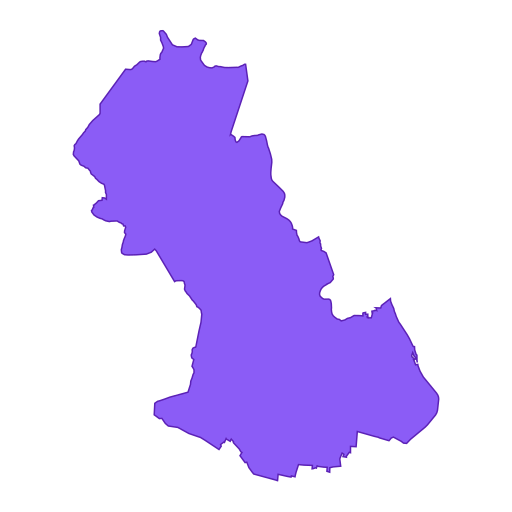 Acula, Veracruz, Mexico (Natural Earth projection)
{"feature_id": "50627088B79823252153906", "entity_name": "Acula", "entity_type": "district", "adm_level": 2, "iso_a3": "MEX", "parent_name": "Mexico", "parent_adm1": "Veracruz", "projection": "natural_earth1", "projection_center": [-95.798, 18.563], "detail": "fine", "context": "isolated", "style": "filled", "palette": "violet", "viewbox_px": 512, "rotation_deg": 0, "n_neighbors": 0, "source": "geoboundaries", "source_scale": "gbopen_adm2", "svg_char_len": 5958}
<svg xmlns="http://www.w3.org/2000/svg" viewBox="0 0 512 512"><path d="M333.7,274.7L326.1,252.9L323.8,251.4L321.3,250.5L321.0,249.5L321.5,248.4L320.7,246.1L320.6,243.9L320.1,243.1L319.9,242.1L320.2,240.9L318.9,238.1L318.6,236.9L311.9,240.9L309.0,242.0L306.9,242.7L300.5,241.9L299.9,241.5L299.4,240.7L298.9,238.9L298.3,237.4L297.6,236.0L297.0,235.2L296.5,232.5L296.4,230.4L292.6,229.0L292.6,227.3L292.2,225.6L291.3,223.2L290.3,221.6L288.9,220.1L286.9,218.7L282.0,216.2L280.6,214.9L279.6,213.4L279.3,211.4L280.7,207.9L282.6,203.9L282.8,203.2L282.8,202.6L284.0,200.2L284.8,197.1L284.8,194.9L284.4,193.3L283.2,191.4L279.1,187.3L272.8,181.3L271.9,180.1L271.3,178.4L270.8,174.6L270.8,172.2L271.1,168.4L271.8,162.3L271.7,159.3L270.4,153.9L268.5,148.0L268.0,147.1L267.4,144.9L266.6,140.8L265.4,136.3L264.8,135.3L264.0,134.5L261.9,134.0L258.8,134.8L257.4,135.4L254.7,135.5L252.1,135.9L249.8,136.8L242.0,136.6L241.4,136.9L241.1,137.5L239.0,140.8L236.9,142.4L235.9,141.8L235.2,140.0L234.9,137.4L233.5,136.2L230.7,134.3L230.5,134.5L231.1,131.8L247.9,80.9L245.6,64.3L244.5,64.3L242.8,65.4L241.0,66.0L238.2,67.4L236.7,67.3L228.4,67.6L224.5,67.5L220.2,66.6L218.7,66.6L216.3,65.9L215.0,66.1L214.2,66.9L212.3,67.8L211.3,67.9L209.5,67.7L207.2,67.1L204.6,65.5L203.9,64.7L200.6,60.1L200.3,57.5L200.7,55.5L201.7,52.9L202.4,51.9L202.9,50.6L203.3,50.0L203.5,49.0L204.3,47.2L204.9,46.3L205.3,45.1L206.0,44.5L206.3,44.0L206.3,43.1L205.4,41.9L203.5,40.5L199.2,40.4L197.6,39.8L195.3,38.1L193.6,39.0L193.2,39.5L191.3,44.4L188.4,46.5L182.0,46.9L177.0,46.8L172.4,44.8L167.5,37.3L166.3,34.3L163.5,31.1L162.9,30.7L160.9,30.8L160.1,31.1L159.6,31.9L159.3,33.5L160.6,37.4L160.6,40.1L162.0,43.0L163.2,46.2L163.6,48.1L161.8,52.3L160.8,53.4L160.3,54.7L159.9,57.7L160.0,59.2L157.3,61.0L155.7,61.7L152.6,61.5L148.2,60.9L146.7,61.1L146.0,61.8L145.0,61.5L144.5,61.2L142.8,61.2L140.7,61.5L139.7,62.0L136.8,64.8L134.5,66.2L132.8,68.3L131.7,69.3L130.5,69.6L125.6,69.2L100.1,104.1L100.1,113.3L99.5,114.5L92.8,120.5L89.3,124.5L88.0,127.0L86.7,128.6L85.8,129.5L85.2,131.2L83.6,132.8L82.3,134.7L78.6,139.0L77.3,141.0L76.0,143.6L74.8,144.6L74.2,145.7L74.5,148.0L74.2,150.4L73.6,151.7L73.3,154.4L74.1,155.9L78.8,160.9L79.9,164.1L81.2,165.2L83.9,166.2L85.7,167.8L87.9,168.2L89.3,170.0L90.4,171.2L90.6,172.4L91.2,173.9L94.7,176.6L95.6,178.4L96.6,179.1L99.0,181.6L101.4,183.2L104.0,184.3L104.5,185.4L105.6,190.9L105.5,192.4L106.4,194.5L106.4,199.2L104.7,198.0L102.3,197.7L102.0,200.3L98.5,200.7L96.2,203.2L95.2,203.9L94.3,204.9L93.5,205.1L93.7,207.5L92.9,208.0L92.4,209.7L91.5,210.5L91.8,212.0L94.0,215.0L97.1,217.1L100.2,218.4L102.2,218.9L103.6,219.8L105.7,220.8L109.4,221.6L111.0,221.2L115.8,221.0L117.2,221.0L119.4,222.4L120.8,222.8L121.8,223.7L123.0,224.1L123.6,225.9L125.1,225.9L125.7,227.2L124.6,230.9L124.5,232.6L125.8,234.1L125.4,235.9L124.2,238.7L123.4,240.9L123.3,241.9L122.4,244.5L121.9,247.6L121.3,249.7L121.5,251.6L121.7,252.9L122.6,253.6L124.5,254.7L128.2,255.0L136.1,254.8L146.4,254.1L151.3,252.2L154.7,249.1L156.2,250.7L174.6,281.6L175.7,280.9L177.0,280.7L181.2,280.6L182.6,280.7L183.6,281.1L184.2,281.8L184.4,283.3L184.9,284.6L185.0,285.7L184.5,289.1L185.2,290.9L186.3,292.3L187.0,293.5L189.5,295.9L192.2,300.0L193.4,301.1L196.2,304.7L196.9,306.7L198.0,307.2L198.9,307.9L200.4,309.4L201.1,310.3L201.4,312.6L201.8,314.2L201.0,322.3L199.0,331.0L195.9,346.5L195.6,347.2L194.4,347.4L192.9,348.2L192.2,349.6L192.2,350.9L192.3,351.8L191.9,353.5L191.2,355.0L191.5,356.8L191.8,357.9L193.8,359.5L192.0,366.3L192.4,366.6L192.6,367.4L193.2,368.1L194.0,369.8L194.0,372.8L193.1,374.4L192.0,378.2L190.8,381.1L190.5,384.4L188.0,392.2L170.0,397.1L164.6,399.1L159.6,400.8L157.6,401.3L154.8,403.3L154.2,414.8L159.4,418.6L161.9,418.4L165.3,423.4L168.3,426.0L177.8,427.4L188.9,433.5L198.5,436.8L200.4,437.4L204.8,440.1L219.0,449.5L221.2,446.2L220.6,444.5L224.1,441.9L224.5,442.3L226.1,438.6L226.4,439.1L230.2,441.3L230.8,439.7L231.1,439.7L231.3,439.2L233.5,441.7L233.3,442.2L233.6,442.9L239.2,448.9L240.6,451.3L241.6,452.6L241.8,452.6L240.0,455.7L245.1,462.6L246.8,462.2L248.9,467.6L252.1,472.0L253.7,474.0L277.4,480.5L277.5,481.3L278.1,474.3L287.3,476.4L290.6,477.0L291.3,476.9L291.4,475.9L295.0,476.8L295.4,474.9L296.0,472.4L298.5,464.6L304.0,465.1L312.4,465.4L312.1,468.8L313.0,468.7L315.6,467.8L316.4,468.1L317.1,465.9L318.3,466.4L323.6,467.1L327.2,467.3L326.9,471.3L329.7,472.2L329.8,467.7L333.2,466.9L340.7,466.2L339.8,459.2L339.9,458.5L342.1,453.1L343.9,454.3L343.0,456.6L346.4,457.2L346.3,456.4L349.3,452.3L350.5,452.7L350.5,446.4L356.1,446.7L357.3,431.5L374.6,436.4L378.5,437.3L379.2,437.8L389.0,440.7L391.3,438.0L393.4,437.1L401.2,441.3L403.5,443.1L406.6,443.4L410.5,439.3L425.1,427.2L427.5,424.8L435.6,414.9L436.8,412.7L437.5,410.2L438.7,399.1L438.5,397.1L437.9,395.3L436.6,393.2L423.3,377.0L420.0,371.1L418.0,365.8L417.8,364.4L415.6,364.8L414.0,360.5L413.6,359.7L414.5,359.6L415.0,359.3L412.4,357.3L411.9,356.6L411.7,355.5L412.7,352.6L414.2,356.3L414.6,356.4L415.5,357.6L416.7,359.8L417.3,362.5L417.0,360.2L416.9,355.1L416.1,354.3L414.7,349.9L414.5,346.6L413.6,346.6L412.9,346.0L409.4,338.6L407.1,334.6L400.3,324.2L398.8,322.2L396.2,316.4L395.4,313.8L394.4,311.5L393.7,308.4L391.8,304.4L390.6,301.2L390.4,298.6L381.5,305.5L380.7,308.0L375.9,307.8L376.2,308.0L376.7,310.5L376.5,310.4L374.9,310.4L374.9,310.6L371.9,311.2L372.2,313.4L372.5,313.3L371.3,317.8L368.4,317.9L368.4,317.3L367.3,317.5L367.1,316.7L367.3,316.2L367.8,315.8L367.8,314.2L365.6,314.3L365.6,312.4L363.1,312.9L362.9,313.2L362.9,315.9L359.7,315.6L354.5,315.5L353.9,315.6L350.6,317.6L347.4,318.4L344.8,320.0L341.2,320.9L339.3,319.4L337.3,319.1L334.6,317.1L333.2,315.8L332.1,314.0L331.6,312.0L331.3,309.0L331.5,308.2L331.3,303.8L330.9,301.6L330.5,300.3L329.6,299.4L328.5,299.1L324.2,299.2L322.6,298.5L320.2,296.3L319.6,294.8L319.6,293.0L320.0,291.6L321.0,289.2L322.4,287.4L323.9,286.1L326.6,284.5L327.4,284.0L327.3,283.9L330.2,282.6L333.2,279.1L333.3,278.2L332.8,276.5L333.7,274.7Z" fill="#8b5cf6" stroke="#5b21b6" stroke-width="1.5"/></svg>